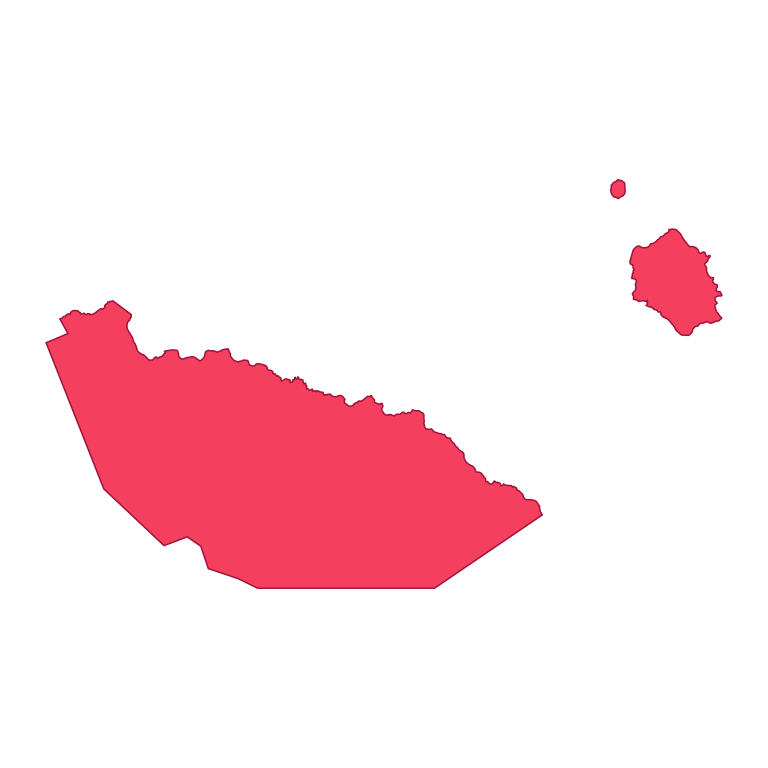 Rai Coast District, Madang, Papua New Guinea (Robinson projection)
{"feature_id": "67681753B12323407332592", "entity_name": "Rai Coast District", "entity_type": "district", "adm_level": 2, "iso_a3": "PNG", "parent_name": "Papua New Guinea", "parent_adm1": "Madang", "projection": "robinson", "projection_center": [146.508, -5.549], "detail": "fine", "context": "isolated", "style": "filled", "palette": "rose", "viewbox_px": 768, "rotation_deg": 0, "n_neighbors": 0, "source": "geoboundaries", "source_scale": "gbopen_adm2", "svg_char_len": 6109}
<svg xmlns="http://www.w3.org/2000/svg" viewBox="0 0 768 768"><path d="M434.5,588.2L542.3,514.9L540.4,511.8L539.6,508.1L539.5,506.1L537.3,502.8L536.1,501.3L533.7,500.2L529.8,499.6L526.3,499.8L524.9,498.9L523.6,497.5L522.8,494.5L519.1,490.9L516.9,489.8L516.6,488.0L515.7,487.9L514.4,486.5L512.5,487.2L511.9,486.0L511.1,485.6L506.4,485.3L504.4,484.8L503.7,484.0L501.8,485.8L501.1,485.7L499.8,483.1L497.6,482.3L496.2,482.6L494.7,481.1L493.6,481.7L492.5,483.9L491.0,484.1L489.3,483.6L487.6,481.5L486.3,481.8L485.7,481.3L485.5,478.5L483.9,476.9L483.5,475.8L482.1,474.8L481.7,473.6L479.7,472.3L476.2,472.0L474.7,468.5L473.8,467.3L472.4,466.1L469.3,464.7L466.5,462.5L465.1,460.4L464.0,457.6L464.0,454.6L463.1,452.5L459.1,449.9L457.1,447.2L455.8,446.4L454.9,445.1L454.6,444.1L451.1,440.7L450.6,438.9L449.8,438.0L448.2,438.2L445.9,436.9L444.4,434.5L443.1,434.7L441.4,433.8L438.8,433.4L434.6,432.0L433.4,431.2L432.2,429.6L431.2,428.9L429.0,429.4L426.1,428.8L424.5,426.9L424.4,424.8L423.8,423.1L424.3,421.1L423.9,419.4L423.9,414.7L422.6,412.8L421.1,412.3L419.5,411.0L418.5,410.7L415.6,410.8L412.4,409.8L411.7,411.4L410.3,412.8L408.2,412.4L406.7,413.7L405.7,413.7L404.0,412.4L402.4,412.2L400.1,414.3L397.2,414.2L395.6,414.7L394.8,415.7L393.7,415.9L390.8,414.5L389.6,414.6L389.0,415.3L387.9,414.6L386.8,415.2L385.7,415.0L383.8,413.4L381.7,410.1L381.8,408.8L382.8,406.5L382.8,405.4L382.0,403.5L381.2,403.3L379.4,404.3L375.1,402.7L374.5,402.1L374.5,400.0L372.0,396.9L371.4,395.6L370.9,395.5L369.8,396.8L368.5,396.3L367.5,396.4L361.7,401.1L359.2,401.0L358.1,401.4L357.2,402.5L355.5,402.9L353.8,404.1L352.4,406.0L348.8,406.1L344.4,402.6L344.3,400.9L344.9,399.8L344.8,399.1L342.6,396.5L341.3,395.7L339.7,395.4L335.9,396.8L334.4,396.8L331.8,395.8L330.6,394.3L328.0,394.1L326.8,395.2L325.6,394.5L324.4,395.0L323.5,394.8L323.2,393.9L323.5,393.2L323.0,392.3L321.0,392.2L317.9,390.8L316.8,390.9L316.2,391.7L315.0,390.7L313.0,391.4L312.7,391.0L312.8,390.0L312.1,389.1L310.6,390.3L309.7,390.2L307.9,388.8L306.9,388.8L306.6,388.0L306.8,386.2L305.8,384.9L305.8,384.0L305.2,383.1L304.0,383.7L303.4,382.9L302.8,380.0L301.2,379.3L299.4,379.5L298.7,378.7L298.7,377.6L298.2,377.0L297.5,377.1L297.3,378.6L296.4,379.2L295.6,378.7L295.2,377.4L294.8,377.5L294.6,379.2L294.0,379.9L292.8,379.9L292.6,380.3L292.8,381.7L292.3,382.2L291.0,382.0L290.2,382.5L289.9,382.1L290.1,380.3L289.7,379.7L287.8,379.5L286.6,378.9L284.7,379.2L283.6,380.1L281.6,380.9L280.9,380.3L281.0,378.4L280.5,377.6L279.1,377.0L278.1,375.7L276.5,376.1L275.2,373.8L273.8,374.0L272.8,373.3L272.9,371.8L271.1,370.3L268.9,370.3L268.1,369.9L267.4,369.1L267.1,367.6L266.0,365.7L261.1,364.1L257.9,363.7L256.2,364.0L254.8,365.7L253.3,366.1L250.0,365.2L248.8,363.8L248.5,361.8L247.7,360.5L243.7,360.0L241.6,361.1L240.0,361.1L238.3,362.0L234.0,360.5L230.6,356.5L230.4,353.6L229.1,351.9L229.1,350.6L227.9,348.8L223.5,349.5L221.6,350.2L220.7,351.2L219.3,351.2L217.5,352.2L213.2,350.6L211.2,351.0L208.7,350.4L207.3,350.7L206.4,351.1L205.4,352.2L204.2,357.2L201.3,360.2L199.7,360.8L194.8,357.3L192.2,356.6L185.6,357.9L183.8,359.0L181.7,358.9L180.6,358.4L179.0,356.6L178.2,352.6L177.7,351.3L177.0,350.4L174.8,350.0L171.0,350.0L164.9,351.1L164.5,351.6L165.3,352.4L165.2,353.1L164.2,353.7L161.7,356.6L159.7,357.0L157.8,358.2L157.3,358.2L156.3,357.0L155.7,357.0L154.6,357.6L153.6,359.0L152.0,360.2L148.6,359.9L145.2,356.1L143.8,355.0L141.1,354.0L137.7,351.2L135.4,344.4L133.7,341.9L132.4,337.5L127.2,328.9L126.9,325.4L127.4,323.6L127.4,322.3L129.6,320.4L129.9,319.1L131.1,317.4L131.3,314.6L113.0,300.9L107.8,302.1L107.5,303.6L106.7,303.7L105.1,305.0L104.7,305.8L104.9,307.1L103.1,309.0L100.5,308.8L93.9,313.8L90.0,314.9L89.6,313.8L87.7,313.6L86.0,314.8L84.0,313.2L81.3,314.2L80.3,313.5L80.2,312.5L79.0,312.0L77.5,310.5L76.0,310.8L74.8,310.4L72.8,310.8L71.2,311.7L70.1,314.3L69.3,313.7L68.2,314.3L67.3,314.2L64.8,316.4L63.7,316.5L61.8,318.3L59.9,318.9L67.9,333.6L46.1,342.7L103.8,488.9L164.0,545.6L187.2,536.9L200.8,546.2L208.3,568.6L238.0,578.6L257.6,588.2L434.5,588.2ZM675.6,229.5L671.9,229.0L670.8,229.7L669.0,229.4L668.7,231.5L668.0,232.4L665.2,233.8L662.7,236.4L660.6,236.8L659.2,238.8L657.8,239.6L655.8,241.8L653.4,243.3L650.7,243.8L648.9,246.4L647.8,247.1L645.4,247.8L642.4,247.7L639.2,246.0L637.8,246.0L635.4,247.5L633.2,250.0L630.0,261.3L630.0,263.2L630.7,264.2L632.5,265.0L633.1,265.9L633.0,267.6L634.0,269.4L633.2,271.0L633.2,272.5L632.6,273.4L631.7,278.2L632.0,278.5L634.7,278.9L636.3,280.3L636.3,281.8L635.3,284.9L635.9,286.7L635.7,289.7L632.7,293.1L632.4,294.3L633.8,297.0L633.3,299.0L633.9,299.5L636.5,299.8L638.4,301.3L643.3,300.7L645.8,301.4L647.3,300.5L647.6,301.9L647.0,302.5L647.3,304.0L646.2,305.5L650.1,307.1L651.4,306.9L654.1,309.5L655.8,309.8L657.0,310.4L658.4,312.1L660.1,311.9L660.7,312.5L660.9,314.3L661.5,315.3L663.2,317.1L664.7,317.5L665.4,318.3L666.4,318.4L668.4,319.7L674.2,326.6L676.0,330.2L680.7,334.5L681.7,335.0L688.5,335.4L690.4,334.2L691.8,332.5L692.3,331.6L692.8,329.1L695.0,326.8L698.2,325.8L699.7,323.7L701.2,323.1L702.5,323.4L704.0,322.5L705.2,322.5L706.7,321.7L710.3,323.2L712.0,323.0L716.0,321.2L718.8,320.9L721.6,318.4L721.4,317.5L720.4,316.8L717.5,312.6L716.4,311.7L714.9,306.5L715.0,305.2L717.1,303.2L717.0,302.6L715.4,301.0L714.9,298.4L715.8,297.0L717.0,296.4L718.9,295.9L721.0,296.0L721.9,295.2L720.2,291.8L717.3,291.5L716.2,290.4L716.2,289.1L717.3,287.2L717.4,285.2L716.8,284.6L714.7,284.2L713.0,282.5L712.6,280.6L713.6,278.7L713.2,277.6L710.4,277.5L708.3,275.2L706.6,271.2L706.5,267.6L706.0,266.4L704.6,265.1L704.8,263.8L707.8,260.8L708.1,258.8L709.9,257.0L710.1,255.9L709.1,255.4L707.4,256.5L706.2,256.2L705.2,253.0L704.5,252.2L703.0,252.0L700.8,253.3L699.7,253.2L699.0,252.4L698.1,250.0L695.8,247.6L693.2,246.6L690.5,246.7L689.0,246.2L683.2,238.8L680.5,233.9L676.6,230.0L675.6,229.5ZM618.6,179.8L617.6,179.8L615.9,181.6L613.4,182.6L612.0,184.8L611.3,185.1L611.2,188.5L610.7,189.5L611.0,192.0L611.7,194.2L612.7,195.7L614.1,197.0L616.4,197.4L617.9,198.6L618.7,198.4L620.4,196.9L623.2,195.7L624.9,193.2L625.1,190.4L624.7,183.6L624.3,182.6L622.8,181.7L622.0,180.7L619.4,180.3L618.6,179.8Z" fill="#f43f5e" stroke="#9f1239" stroke-width="1.5"/></svg>